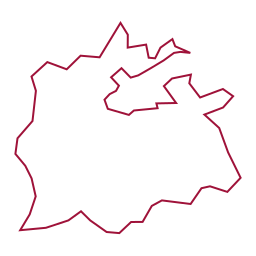 the district of Namangan, Namangan, Uzbekistan
{"feature_id": "79887680B99414619772230", "entity_name": "Namangan", "entity_type": "district", "adm_level": 2, "iso_a3": "UZB", "parent_name": "Uzbekistan", "parent_adm1": "Namangan", "projection": "orthographic", "projection_center": [71.641, 40.967], "detail": "fine", "context": "isolated", "style": "outline", "palette": "rose", "viewbox_px": 256, "rotation_deg": 0, "n_neighbors": 0, "source": "geoboundaries", "source_scale": "gbopen_adm2", "svg_char_len": 902}
<svg xmlns="http://www.w3.org/2000/svg" viewBox="0 0 256 256"><path d="M210.0,186.3L227.3,191.9L240.6,177.8L228.1,152.4L219.2,128.0L204.4,114.6L223.1,107.5L233.1,96.2L222.9,89.0L200.1,97.5L189.3,83.3L190.9,74.6L172.0,78.5L163.9,86.1L176.1,103.0L156.4,103.4L157.6,108.2L133.9,110.5L128.9,114.9L107.8,108.8L104.5,99.7L109.7,94.1L116.0,90.9L118.9,85.7L111.1,77.3L121.5,68.2L130.7,77.6L138.2,75.4L150.9,68.1L163.7,60.4L174.0,52.9L180.4,51.9L190.3,52.9L175.2,46.3L172.4,39.1L160.5,47.6L155.1,58.3L148.7,57.7L146.1,44.6L127.7,47.6L127.8,34.7L120.5,22.9L99.6,57.3L80.6,55.7L66.7,69.3L47.3,62.1L31.5,76.5L35.9,90.8L32.5,121.0L17.5,138.3L15.4,153.9L25.3,165.8L31.6,178.4L35.7,196.4L29.7,214.4L20.2,230.2L45.9,227.8L68.4,220.4L81.0,211.3L90.2,220.4L106.6,232.0L119.3,233.1L131.1,222.0L142.6,221.9L151.8,205.9L161.9,200.4L190.6,204.0L201.5,188.2L210.0,186.3Z" fill="none" stroke="#9f1239" stroke-width="2"/></svg>